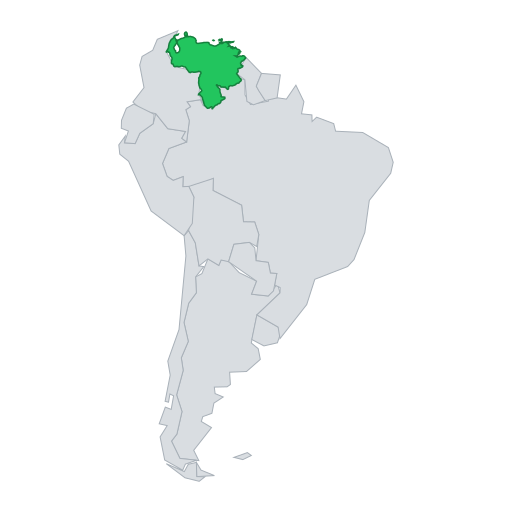 location of Venezuela within South America
{"feature_id": "VEN", "entity_name": "Venezuela", "entity_type": "country or territory", "adm_level": 0, "iso_a3": "VEN", "parent_name": "South America", "parent_adm1": "", "projection": "robinson", "projection_center": [-65.797, 6.433], "detail": "fine", "context": "in_parent", "style": "filled", "palette": "green", "viewbox_px": 512, "rotation_deg": 0, "n_neighbors": 12, "source": "natural_earth", "source_scale": "50m", "svg_char_len": 9589}
<svg xmlns="http://www.w3.org/2000/svg" viewBox="0 0 512 512"><path d="M196.4,462.4L201.0,470.1L214.4,475.6L196.7,476.6L196.4,462.4ZM256.9,314.9L251.3,343.0L258.2,348.7L260.3,359.4L246.5,371.5L229.6,372.2L230.4,384.5L227.1,386.8L214.3,387.1L215.1,393.6L223.2,397.0L213.9,403.1L211.9,413.3L202.8,416.6L201.3,421.5L211.5,427.6L193.7,450.3L198.8,460.6L179.9,458.4L171.5,441.1L176.9,434.1L182.0,411.6L176.6,394.9L183.2,370.4L181.3,357.8L188.3,341.4L184.0,322.5L188.7,303.2L196.4,292.7L195.6,276.9L201.9,273.6L207.9,258.9L218.8,265.4L221.1,260.0L227.7,260.3L239.1,272.6L256.6,281.2L251.6,294.2L268.2,296.0L277.5,283.7L280.0,292.9L256.9,314.9Z" fill="#d9dde1" stroke="#a8b0b8" stroke-width="1"/><path d="M196.4,462.4L196.7,476.6L204.9,476.8L199.2,481.3L185.0,477.8L166.3,463.7L184.3,471.6L188.3,464.3L196.4,462.4ZM188.6,230.6L195.3,242.8L199.0,265.9L203.8,266.6L195.6,276.9L196.4,292.7L188.7,303.2L184.0,322.5L188.3,341.4L181.3,357.8L183.2,370.4L176.6,394.9L182.0,411.6L176.9,434.1L171.5,441.1L179.9,458.4L196.7,460.2L185.4,464.1L182.7,470.2L164.7,460.0L160.1,436.9L167.2,425.6L159.2,423.8L165.3,407.1L171.2,409.4L173.6,395.8L169.9,394.0L168.5,402.2L165.1,401.3L170.2,375.1L167.8,361.1L179.0,329.6L185.9,256.0L184.1,235.7L188.6,230.6Z" fill="#d9dde1" stroke="#a8b0b8" stroke-width="1"/><path d="M233.9,457.4L247.4,452.6L251.3,455.5L242.8,459.6L233.9,457.4Z" fill="#d9dde1" stroke="#a8b0b8" stroke-width="1"/><path d="M256.9,314.9L278.1,327.1L281.2,331.6L277.4,342.8L263.9,345.9L251.8,339.5L256.9,314.9Z" fill="#d9dde1" stroke="#a8b0b8" stroke-width="1"/><path d="M280.0,338.6L278.1,327.1L256.9,314.9L280.0,292.9L280.2,287.6L274.6,285.0L276.8,273.5L270.4,273.1L268.3,262.4L256.0,260.7L258.8,234.5L254.7,222.0L243.5,221.8L241.6,205.2L213.0,190.5L213.4,178.4L196.2,186.8L182.8,186.7L183.2,176.6L173.2,180.4L167.1,176.4L162.5,163.5L168.9,148.5L186.6,142.0L189.3,120.8L185.8,109.7L190.5,106.7L187.0,101.8L200.4,99.7L203.2,105.7L212.1,108.0L225.0,98.6L219.7,96.6L216.4,86.2L226.6,88.1L240.5,78.6L244.9,79.8L245.0,94.9L250.5,104.5L268.4,101.2L268.5,96.5L286.4,99.1L295.9,85.2L303.9,101.7L301.5,113.8L311.9,114.9L312.1,121.5L316.6,117.2L333.7,123.6L335.6,131.2L362.7,132.5L388.4,147.6L393.2,162.3L390.7,173.3L369.3,200.4L364.8,232.5L354.0,259.6L347.7,266.5L314.8,279.3L306.7,304.6L280.0,338.6Z" fill="#d9dde1" stroke="#a8b0b8" stroke-width="1"/><path d="M188.8,186.4L213.4,178.4L213.0,190.5L241.6,205.2L243.5,221.8L254.7,222.0L258.8,234.5L256.7,246.5L249.4,242.4L233.9,244.3L228.6,261.7L221.1,260.0L218.8,265.4L207.9,258.9L199.0,265.9L195.3,242.8L188.6,230.6L193.9,197.1L188.8,186.4Z" fill="#d9dde1" stroke="#a8b0b8" stroke-width="1"/><path d="M186.6,142.0L168.9,148.5L162.5,163.5L167.1,176.4L173.2,180.4L183.2,176.6L182.8,186.7L188.8,186.4L193.9,197.1L192.3,223.4L184.1,235.7L151.1,211.0L128.6,161.3L119.8,154.2L118.8,144.9L125.3,136.0L124.5,142.8L135.1,143.6L139.8,133.3L153.2,123.7L155.8,113.7L167.8,128.7L185.6,131.5L181.8,138.3L186.6,142.0Z" fill="#d9dde1" stroke="#a8b0b8" stroke-width="1"/><path d="M204.3,104.9L200.4,99.7L187.0,101.8L190.5,106.7L185.8,109.7L189.3,120.8L186.6,142.0L181.8,138.3L185.6,131.5L167.8,128.7L155.8,113.7L142.1,110.6L132.9,102.0L144.0,87.6L139.7,65.1L142.1,56.4L152.7,50.3L157.3,39.3L177.9,30.7L166.6,52.2L174.4,66.6L201.6,72.6L198.8,94.5L204.3,104.9Z" fill="#d9dde1" stroke="#a8b0b8" stroke-width="1"/><path d="M265.2,100.6L253.4,104.8L246.9,101.4L244.9,79.8L236.5,73.5L246.1,57.5L261.5,73.4L256.3,86.2L265.2,100.6Z" fill="#d9dde1" stroke="#a8b0b8" stroke-width="1"/><path d="M277.1,97.9L265.2,100.6L258.9,91.0L256.3,86.2L261.5,73.4L280.3,74.9L277.1,97.9Z" fill="#d9dde1" stroke="#a8b0b8" stroke-width="1"/><path d="M154.2,114.3L153.2,123.7L139.8,133.3L135.1,143.6L124.5,142.8L128.4,131.0L121.3,128.3L121.5,120.3L126.4,108.2L133.7,104.1L154.2,114.3Z" fill="#d9dde1" stroke="#a8b0b8" stroke-width="1"/><path d="M254.8,247.9L256.0,260.7L268.3,262.4L270.4,273.1L276.8,273.5L273.5,290.9L268.2,296.0L251.6,294.2L256.6,281.2L228.6,261.7L233.9,244.3L249.4,242.4L254.8,247.9Z" fill="#d9dde1" stroke="#a8b0b8" stroke-width="1"/><path d="M244.6,56.3L245.7,57.9L245.7,58.1L245.6,58.3L244.9,58.6L244.8,58.8L244.5,59.6L243.7,60.0L243.1,60.5L242.5,61.1L241.7,61.2L241.5,61.4L241.1,62.3L240.9,62.6L240.5,63.0L240.5,63.3L241.1,64.2L241.2,64.4L241.0,64.9L241.0,65.2L241.3,65.5L241.7,65.6L242.0,65.5L242.4,65.5L242.7,65.6L242.8,65.7L242.8,66.0L242.7,66.6L242.4,67.0L241.3,67.5L240.5,68.1L239.9,68.0L239.6,68.0L239.2,68.4L238.3,68.5L238.0,68.6L237.8,68.9L237.7,69.3L238.0,70.3L238.0,70.7L238.1,71.8L237.9,72.1L237.6,72.4L237.1,72.9L236.6,73.7L236.7,73.9L240.4,78.6L240.8,78.8L241.2,80.0L241.2,80.3L241.1,80.6L240.8,81.1L240.4,81.4L239.5,82.0L239.1,82.8L238.9,83.0L238.3,83.2L237.3,83.2L236.7,83.7L236.1,83.9L235.6,84.7L234.1,85.3L232.5,85.8L232.1,85.9L230.6,85.6L230.2,85.7L229.4,86.3L229.1,86.3L228.8,86.5L228.7,87.0L228.5,88.8L228.0,89.3L227.3,89.3L226.9,88.7L226.3,88.2L225.4,87.1L225.1,87.0L224.9,87.0L224.0,87.3L223.3,87.0L221.1,87.1L220.8,86.8L220.5,86.2L220.1,85.8L219.7,85.7L217.9,85.7L217.6,85.5L217.3,85.0L217.0,84.8L216.6,84.8L216.4,85.1L217.1,86.0L217.3,86.5L217.9,87.3L219.6,88.9L219.9,89.4L219.9,91.0L220.0,91.9L220.4,93.2L221.0,94.6L221.2,95.5L221.1,96.1L221.0,96.4L221.0,96.6L221.7,96.9L222.9,97.0L223.7,97.0L224.8,97.2L224.9,97.7L224.8,98.5L224.6,98.9L224.4,99.0L223.8,99.1L223.1,99.6L222.2,100.1L221.6,100.2L221.2,100.4L221.0,100.6L220.9,101.5L220.6,102.5L220.0,103.1L219.5,103.6L218.9,103.6L218.4,103.6L218.2,103.7L217.3,104.7L216.9,104.9L216.4,104.9L215.9,105.2L215.2,105.6L214.8,105.9L214.4,106.5L213.8,107.1L213.2,107.5L212.6,108.7L212.1,108.7L212.0,108.3L212.3,107.7L212.0,107.1L211.6,106.8L211.3,106.7L211.1,106.8L210.6,107.0L209.5,107.9L209.1,108.0L207.7,108.3L207.4,108.2L206.9,107.8L204.3,105.1L204.2,104.7L204.3,104.2L204.0,103.6L203.8,102.9L203.7,102.6L203.7,102.1L203.1,100.3L202.8,99.9L202.9,99.6L202.8,99.3L202.6,99.0L202.3,98.1L202.4,97.7L202.3,97.3L201.7,96.8L201.3,96.2L200.7,95.7L200.2,95.3L200.1,94.8L199.9,94.7L199.7,94.6L199.1,94.4L198.5,94.7L198.5,94.2L200.6,92.0L201.5,91.1L201.8,90.5L200.7,88.7L200.0,88.1L199.7,87.5L199.3,86.0L199.0,85.3L198.9,84.7L198.9,84.1L198.8,83.6L198.6,83.2L198.6,82.2L198.8,80.4L198.9,79.0L198.7,78.1L199.0,77.4L199.5,76.9L199.8,76.2L199.9,75.2L200.2,74.4L200.8,73.7L201.0,73.1L200.8,72.5L200.8,72.1L200.3,71.6L199.3,71.4L198.5,71.3L198.1,71.6L196.9,71.9L194.9,72.2L193.4,72.2L192.2,71.9L191.3,72.0L190.7,72.5L190.3,72.6L190.0,72.3L189.7,72.3L189.3,72.4L187.5,70.0L185.4,67.0L185.2,66.9L184.4,66.9L183.7,66.8L182.8,66.3L182.1,66.0L181.6,66.0L181.2,66.1L180.0,66.6L179.3,66.7L178.8,66.7L177.4,66.4L176.4,66.4L174.8,66.7L174.2,66.4L173.7,65.9L173.0,64.1L171.9,63.8L171.6,63.6L171.4,63.1L171.4,62.5L171.6,60.1L172.1,59.3L171.9,58.0L171.8,57.4L170.3,55.7L169.6,52.5L169.3,52.3L169.0,52.4L168.6,52.3L168.3,51.6L168.1,51.5L167.3,51.9L166.4,52.1L166.2,51.9L166.3,51.7L167.1,50.3L168.0,48.8L168.4,48.0L168.8,45.3L169.2,43.3L170.0,41.7L170.3,41.0L171.3,39.5L171.7,39.1L172.9,38.6L174.3,35.9L174.6,35.5L177.1,34.7L178.3,34.2L178.2,34.5L177.8,34.9L177.3,35.1L175.1,35.7L174.6,36.1L174.6,36.7L174.6,37.1L175.3,38.6L175.5,39.0L176.4,39.8L176.2,39.9L175.9,39.9L176.1,41.0L176.7,41.7L176.7,42.2L176.3,43.6L175.5,44.5L175.0,45.5L174.5,45.9L173.6,47.8L174.3,49.0L174.4,49.6L175.0,50.4L175.4,50.7L175.7,51.0L175.5,51.6L175.8,52.4L176.1,52.8L176.5,52.9L177.0,52.9L178.4,52.4L178.7,52.2L178.9,51.8L179.6,50.9L179.7,49.8L179.8,48.5L179.7,47.7L178.9,46.5L178.6,45.6L177.9,44.8L177.4,43.4L177.3,43.0L177.0,41.4L177.5,41.0L177.4,40.1L178.6,39.9L181.2,38.5L182.9,38.2L184.7,37.4L185.1,37.0L185.5,36.4L185.8,36.4L186.7,36.9L187.2,36.7L187.4,36.3L187.1,35.4L186.6,35.4L184.9,35.7L184.8,35.4L184.8,35.0L184.4,34.0L184.9,32.6L185.4,32.3L186.0,32.0L186.6,32.5L186.9,32.9L187.1,33.3L187.2,34.3L187.4,35.4L187.7,36.1L188.2,36.7L188.6,36.7L188.8,36.6L190.5,36.4L191.6,36.8L192.9,37.0L194.2,37.8L195.4,38.8L195.7,39.5L195.9,40.2L196.2,40.7L195.9,41.2L196.0,42.0L196.4,42.8L196.9,43.3L198.5,43.4L200.2,43.1L202.8,42.8L203.7,42.5L208.0,42.4L208.9,42.7L208.9,43.4L210.3,44.9L211.5,45.0L212.5,45.5L213.5,45.8L214.6,46.1L215.2,46.1L215.7,45.9L216.2,45.9L220.1,43.5L222.2,43.6L222.8,43.2L222.0,42.8L220.3,42.7L219.8,43.0L219.5,42.3L220.0,42.4L221.9,42.1L224.2,42.3L226.0,41.8L226.9,41.8L227.4,41.9L228.8,41.6L231.5,41.9L233.6,41.6L233.4,42.0L232.7,42.3L231.6,42.3L230.7,42.9L228.9,42.8L227.6,43.0L228.0,43.2L228.0,43.8L228.4,43.9L228.8,44.3L228.9,44.6L229.1,45.2L228.9,45.9L228.6,46.2L229.1,46.1L229.4,45.8L229.4,45.5L229.4,45.1L229.7,45.2L229.9,45.4L230.6,47.1L231.1,48.0L231.3,48.0L231.4,47.8L231.6,47.4L231.8,47.6L232.0,47.8L231.9,47.4L232.1,46.9L232.0,46.7L232.5,46.7L232.8,46.9L233.5,47.4L233.9,48.0L233.9,48.4L234.1,48.5L234.4,48.7L234.5,49.0L234.5,48.6L234.4,48.2L234.3,47.8L235.1,47.8L235.4,47.3L235.8,47.6L237.0,49.0L237.4,49.3L238.7,49.5L239.6,50.2L240.0,50.8L239.8,51.5L239.0,51.8L238.7,52.2L238.5,52.6L238.5,53.0L238.3,53.5L238.1,54.3L237.8,55.1L237.4,55.9L235.2,55.9L236.2,56.5L237.1,57.2L237.7,56.7L238.6,56.6L239.6,56.1L240.0,56.0L241.9,56.3L242.3,55.8L242.7,55.7L243.7,55.8L244.6,56.3ZM222.1,39.0L222.3,39.9L222.2,40.1L221.7,40.7L220.9,40.7L220.6,40.6L220.3,40.2L219.9,40.3L219.1,40.2L218.8,40.0L219.2,39.6L219.9,39.3L220.1,39.6L220.5,39.9L221.0,39.9L221.2,39.4L221.8,38.8L222.1,39.0ZM239.3,53.9L238.5,54.3L238.4,53.6L238.5,53.4L239.3,52.8L239.4,53.0L239.7,53.3L239.6,53.6L239.3,53.9ZM214.1,40.5L213.8,40.7L213.2,40.5L212.9,40.3L213.1,40.1L213.6,40.1L214.0,40.4L214.1,40.5ZM239.9,52.3L239.2,52.5L239.2,52.4L239.4,52.1L239.7,52.0L239.9,51.9L240.1,51.8L240.4,51.9L240.1,52.1L239.9,52.3Z" fill="#22c55e" stroke="#15803d" stroke-width="1.5"/></svg>